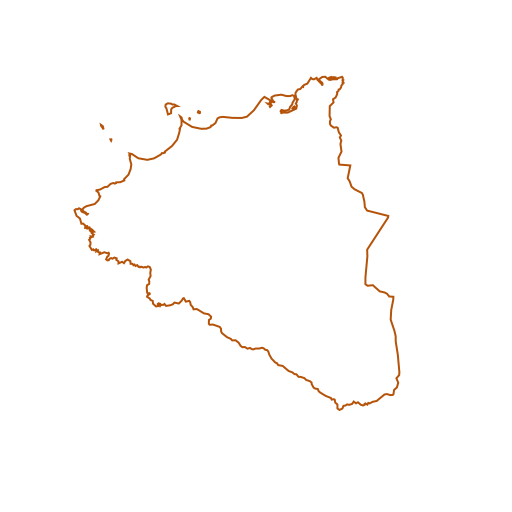 Macomia, Cabo Delgado, Mozambique, rotated 247°
{"feature_id": "85939544B2345621089228", "entity_name": "Macomia", "entity_type": "district", "adm_level": 2, "iso_a3": "MOZ", "parent_name": "Mozambique", "parent_adm1": "Cabo Delgado", "projection": "albers", "projection_center": [40.255, -12.036], "detail": "fine", "context": "isolated", "style": "outline", "palette": "amber", "viewbox_px": 512, "rotation_deg": 247, "n_neighbors": 0, "source": "geoboundaries", "source_scale": "gbopen_adm2", "svg_char_len": 6137}
<svg xmlns="http://www.w3.org/2000/svg" viewBox="0 0 512 512"><g transform="rotate(247 256 256)"><path d="M381.3,404.3L383.5,404.1L383.9,405.1L384.6,404.7L386.1,405.5L387.3,405.2L387.9,398.5L387.0,400.6L387.1,399.4L388.6,396.0L389.1,393.0L390.0,391.8L393.9,389.8L394.9,387.0L394.1,383.0L392.3,383.2L389.7,384.6L388.3,384.5L387.0,383.4L388.2,383.8L394.2,381.4L396.3,381.4L396.0,378.3L396.9,376.9L398.5,376.2L394.6,370.6L394.7,367.4L394.3,366.1L393.3,365.5L393.9,365.0L392.4,362.0L392.9,359.6L391.0,356.4L389.5,355.5L384.9,354.7L384.1,355.1L383.8,356.4L383.3,354.5L381.6,353.5L380.9,352.3L378.5,352.4L375.9,350.6L375.6,341.3L377.4,337.0L379.7,336.4L379.5,336.0L377.8,336.3L377.5,335.4L377.9,335.1L378.4,335.9L379.7,335.3L380.5,336.5L378.7,338.9L377.9,341.5L377.9,343.8L379.9,345.6L381.4,348.6L382.9,349.6L385.2,353.0L388.5,353.6L389.8,352.3L389.9,349.9L391.3,346.6L394.6,342.3L396.4,335.8L396.1,332.4L395.5,331.9L391.4,332.4L390.2,333.7L390.9,331.9L392.2,330.7L390.6,328.9L388.5,329.3L387.7,327.2L388.2,327.1L388.7,328.3L390.2,328.1L390.9,326.6L391.8,326.2L390.8,327.7L393.6,330.1L399.2,325.9L397.6,321.8L390.9,310.9L387.8,302.1L388.6,296.9L392.4,288.2L397.0,279.9L397.9,276.6L397.7,274.4L394.2,270.6L393.2,266.7L393.6,265.8L392.4,264.5L392.6,260.1L394.5,255.3L399.8,247.6L407.8,241.9L410.3,241.2L412.6,241.6L414.1,240.7L410.6,240.7L405.4,238.5L403.1,235.4L402.7,235.7L399.3,233.4L393.9,228.8L390.1,221.7L387.7,212.8L386.8,212.6L386.9,210.5L387.5,209.7L386.6,208.0L385.7,200.3L387.0,193.5L392.0,185.8L398.3,181.7L399.7,179.7L398.5,179.9L398.1,179.4L398.8,179.1L397.8,178.6L397.3,179.2L394.9,177.8L389.0,177.0L384.9,174.5L380.7,170.4L378.2,164.5L377.0,164.3L377.0,159.9L378.4,156.1L377.8,155.7L377.8,154.3L378.9,153.4L379.2,150.4L377.7,146.2L378.6,143.9L378.1,138.4L378.9,134.9L378.4,134.5L376.1,135.8L372.5,135.4L371.8,136.0L368.9,132.7L366.9,127.9L368.1,119.3L367.7,116.2L366.7,114.6L364.9,114.3L362.5,116.3L361.0,116.6L360.5,117.6L360.1,117.1L360.3,116.2L362.0,115.8L364.5,113.2L365.9,112.7L367.5,113.1L369.1,111.7L368.7,110.3L369.5,108.6L369.0,106.8L363.1,106.5L359.3,108.6L353.9,107.9L353.4,109.5L350.6,110.8L348.7,109.7L348.4,110.5L349.6,111.1L349.5,112.3L348.6,112.4L348.4,111.3L347.5,111.0L347.0,111.8L347.3,113.7L344.7,113.1L344.7,113.6L346.2,114.2L344.4,115.3L343.9,113.5L342.8,113.6L342.5,114.2L343.6,115.6L341.6,116.5L341.9,114.9L341.0,113.8L339.0,115.0L338.5,113.6L337.5,113.5L337.7,112.3L338.7,111.4L337.6,111.1L337.6,110.2L336.6,110.0L336.1,108.7L333.2,109.0L331.0,107.9L330.3,106.6L325.7,107.3L325.7,108.8L324.6,109.0L324.2,109.8L324.7,111.5L324.0,111.7L322.7,110.9L323.0,112.7L321.2,112.3L320.3,113.7L318.8,112.7L318.7,117.9L316.7,120.1L316.6,121.6L315.6,121.6L313.8,120.3L313.5,118.8L311.4,116.7L309.9,117.7L309.7,118.9L310.7,120.1L310.7,121.8L309.6,122.8L309.9,125.0L308.3,126.8L307.1,125.9L304.8,127.3L302.9,126.5L303.0,130.5L301.0,131.7L302.5,133.7L302.9,136.4L300.4,138.3L297.8,137.5L297.1,139.2L295.4,139.6L295.6,140.8L293.9,141.2L294.0,143.1L291.9,143.6L291.7,144.7L290.9,144.9L290.8,146.5L289.4,147.8L289.2,149.6L288.3,150.4L288.7,152.4L287.4,153.9L284.6,153.9L281.6,152.0L278.8,151.2L276.1,147.9L274.3,147.9L272.0,146.7L271.7,144.3L269.4,142.9L264.8,141.5L263.9,141.7L263.4,143.4L262.6,143.4L261.9,140.5L261.1,139.8L258.3,141.6L256.8,141.7L255.0,143.4L252.3,142.6L248.6,144.3L248.2,146.2L250.2,146.8L250.5,147.9L249.5,149.0L248.4,147.9L247.4,148.1L248.1,149.4L247.2,151.7L247.6,153.0L245.2,153.7L244.1,158.1L244.1,160.8L245.0,162.7L242.4,166.4L244.0,170.3L245.4,172.1L245.4,173.1L241.4,173.6L240.8,177.0L239.3,177.4L236.5,176.8L233.7,177.8L231.3,177.7L230.3,180.8L223.5,185.7L221.0,189.5L217.7,191.0L216.0,189.9L215.5,187.7L212.0,186.1L210.9,186.4L209.7,189.6L204.9,194.9L202.7,195.4L200.1,194.4L198.2,194.6L192.6,197.6L189.6,200.4L187.6,201.1L186.4,204.3L182.8,206.2L179.3,206.7L177.4,207.8L176.6,210.1L174.0,212.0L173.7,214.6L171.8,215.8L171.1,217.1L171.0,219.5L169.6,222.7L169.2,225.6L168.2,226.9L166.0,227.9L165.1,229.4L163.3,230.0L160.2,229.7L155.5,230.2L150.3,232.2L149.2,233.4L146.9,233.8L144.4,237.6L137.4,241.1L134.7,244.0L132.2,245.3L131.3,247.0L128.2,247.9L127.2,250.0L124.6,252.9L122.4,253.7L119.7,256.7L117.8,257.7L116.3,257.2L112.3,257.6L110.7,258.8L109.5,260.9L107.4,260.8L105.6,261.5L100.1,265.4L96.0,269.5L94.2,269.6L93.8,271.6L93.1,272.3L90.1,271.7L87.5,272.9L83.8,271.4L81.7,272.7L81.8,275.9L83.9,278.0L83.4,279.9L83.8,281.9L82.6,283.5L82.3,286.7L83.8,289.1L81.3,290.5L81.5,292.7L78.2,294.3L76.6,296.1L76.6,297.8L77.3,298.0L77.6,299.0L75.7,300.4L76.9,302.0L75.9,303.0L76.2,306.4L75.4,310.4L78.3,320.1L77.8,322.5L75.4,325.4L74.7,327.6L75.0,328.5L78.7,330.7L80.0,334.4L83.8,337.4L88.6,337.5L90.4,341.2L92.8,342.5L109.5,347.9L123.0,351.3L127.5,353.2L133.1,354.2L144.8,355.1L153.5,359.4L162.2,365.3L164.8,366.5L166.7,362.8L170.0,361.9L172.1,360.2L175.1,356.1L183.5,352.1L185.0,347.1L187.3,345.7L193.4,348.3L212.2,358.4L218.4,360.8L239.8,392.6L241.2,393.4L254.4,376.0L258.5,375.3L263.6,377.0L270.7,378.3L272.6,378.1L278.9,372.8L282.5,371.0L287.9,371.4L291.8,370.8L302.5,378.2L307.6,368.4L308.7,368.5L314.2,370.3L318.7,375.5L326.1,377.5L328.9,379.6L332.4,379.5L333.7,381.3L337.6,380.6L342.0,381.3L343.0,380.5L343.7,377.8L346.8,375.9L348.6,375.7L351.1,376.7L352.6,378.3L356.1,378.4L365.2,382.5L367.0,387.3L370.2,388.2L370.8,391.2L373.4,394.1L375.2,394.6L375.5,396.1L376.9,397.1L376.7,398.2L377.9,400.1L379.6,401.3L380.3,402.9L381.4,403.2L381.3,404.3ZM426.7,231.2L420.7,230.3L420.6,233.6L424.1,235.2L425.1,236.9L425.3,240.8L424.8,242.1L427.5,239.9L428.1,238.2L429.3,237.5L431.0,234.5L430.7,232.0L428.8,230.9L426.7,231.2ZM389.1,396.5L391.4,395.2L391.5,392.7L391.1,392.2L389.9,393.0L389.1,396.5ZM437.3,164.5L436.4,164.3L432.1,165.2L435.3,165.7L437.3,164.5ZM410.7,260.7L411.9,259.6L410.9,258.6L409.6,259.6L409.6,260.3L410.7,260.7ZM378.6,349.4L378.5,348.6L377.2,346.4L377.4,349.0L378.6,349.4ZM390.0,397.8L389.3,397.9L390.0,396.8L389.0,397.8L388.9,399.7L390.0,397.8ZM408.5,249.0L408.9,248.6L408.5,248.2L406.8,248.0L408.5,249.0ZM377.9,351.5L376.3,349.3L376.0,349.4L376.3,350.5L377.9,351.5ZM419.9,168.4L420.2,167.6L418.8,167.7L419.4,168.3L419.9,168.4Z" fill="none" stroke="#b45309" stroke-width="2"/></g></svg>